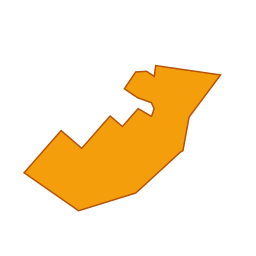 51, Ar Rayyān, Qatar (Robinson projection), rotated 306°
{"feature_id": "91078587B34371380976540", "entity_name": "51", "entity_type": "district", "adm_level": 2, "iso_a3": "QAT", "parent_name": "Qatar", "parent_adm1": "Ar Rayyān", "projection": "robinson", "projection_center": [51.403, 25.348], "detail": "fine", "context": "isolated", "style": "filled", "palette": "amber", "viewbox_px": 256, "rotation_deg": 306, "n_neighbors": 0, "source": "geoboundaries", "source_scale": "gbopen_adm2", "svg_char_len": 472}
<svg xmlns="http://www.w3.org/2000/svg" viewBox="0 0 256 256"><g transform="rotate(306 128 128)"><path d="M30.7,70.2L32.0,136.6L80.0,172.5L139.1,184.5L141.9,185.8L172.7,171.0L225.3,171.7L212.8,147.9L205.9,134.9L194.9,114.0L194.8,113.7L185.2,118.9L184.8,109.7L177.9,101.3L157.6,102.0L158.1,118.0L162.2,132.0L159.0,137.8L151.2,140.2L149.6,124.8L125.9,122.6L127.2,106.5L84.3,102.5L86.6,75.4L33.3,70.5L30.7,70.2Z" fill="#f59e0b" stroke="#b45309" stroke-width="1.5"/></g></svg>